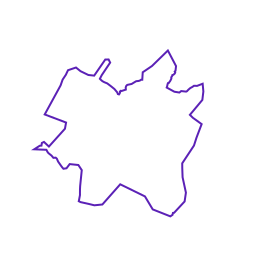 the district of Tureta, Sokoto, Nigeria, rotated 24°
{"feature_id": "59680162B25728635468586", "entity_name": "Tureta", "entity_type": "district", "adm_level": 2, "iso_a3": "NGA", "parent_name": "Nigeria", "parent_adm1": "Sokoto", "projection": "orthographic", "projection_center": [5.499, 12.518], "detail": "fine", "context": "isolated", "style": "outline", "palette": "violet", "viewbox_px": 256, "rotation_deg": 24, "n_neighbors": 0, "source": "geoboundaries", "source_scale": "gbopen_adm2", "svg_char_len": 1742}
<svg xmlns="http://www.w3.org/2000/svg" viewBox="0 0 256 256"><g transform="rotate(24 128 128)"><path d="M178.2,57.2L174.0,61.4L171.1,62.6L170.1,64.3L168.7,66.1L167.6,68.4L166.9,70.4L166.3,71.1L165.4,71.4L163.5,72.0L161.6,72.6L160.5,74.7L155.6,76.0L146.9,75.3L146.8,74.0L146.3,71.8L146.3,70.7L146.8,70.5L147.0,70.1L147.1,69.2L147.4,68.1L147.5,66.5L147.5,66.2L147.5,65.6L147.5,65.2L147.2,64.6L146.9,64.1L147.0,63.6L147.2,62.4L147.0,61.6L147.8,60.9L148.5,59.4L148.6,58.2L147.7,57.4L148.1,56.4L147.8,55.4L146.7,51.9L132.9,41.0L124.7,61.6L118.8,71.1L121.4,78.1L120.3,78.6L119.5,79.9L118.4,80.8L116.8,81.7L116.3,82.1L113.4,86.3L110.1,88.7L109.7,89.1L109.3,90.2L109.3,90.8L109.4,91.9L110.4,93.8L107.1,96.8L106.2,97.0L106.1,97.3L105.8,98.0L106.2,98.4L106.3,98.8L106.3,99.6L106.3,100.1L106.1,101.0L104.9,101.1L104.4,100.5L103.4,99.7L99.7,97.9L95.6,96.8L90.9,95.7L87.6,95.8L85.5,95.6L83.6,95.0L82.3,94.5L82.5,90.5L85.1,75.5L82.4,73.3L79.4,74.7L75.8,93.9L70.2,95.7L61.5,95.4L55.9,93.9L49.7,99.6L49.6,102.6L49.6,104.5L48.6,110.4L49.1,116.5L46.4,149.5L69.2,148.2L70.7,154.3L63.3,177.1L56.9,174.9L55.4,176.7L56.1,179.3L54.6,180.1L51.0,185.6L56.3,183.5L62.3,181.1L64.2,182.6L65.5,183.3L69.3,184.3L72.0,185.6L74.0,184.5L75.5,185.0L77.8,187.1L82.8,190.1L84.1,190.8L85.6,191.5L88.2,189.8L89.4,184.7L97.7,182.0L102.9,185.3L107.9,200.5L109.1,203.6L109.5,204.5L110.4,206.6L111.4,208.8L112.1,211.8L112.7,214.3L112.8,214.9L114.8,215.0L122.7,213.4L128.7,212.3L135.7,208.3L143.8,182.6L171.3,183.6L183.7,192.3L202.6,191.5L204.0,189.2L203.6,187.3L204.6,186.7L209.6,172.1L207.2,163.5L197.9,150.8L193.9,142.6L191.9,138.2L195.4,117.2L194.5,108.9L193.7,94.5L183.2,92.3L179.2,90.8L184.5,72.1L182.0,64.0L178.2,57.2Z" fill="none" stroke="#5b21b6" stroke-width="2"/></g></svg>